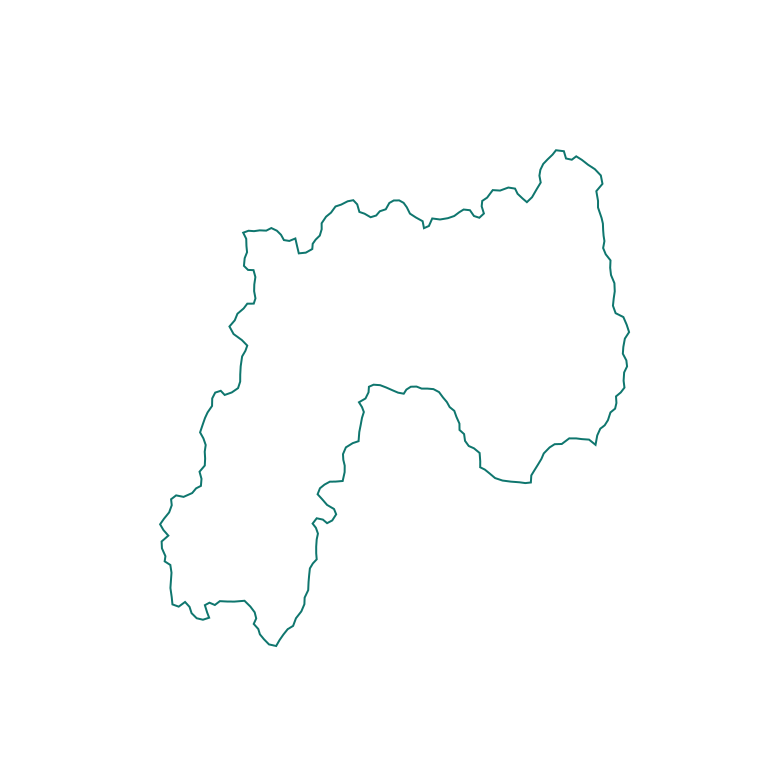 São João Nepomuceno, Minas Gerais, Brazil (Albers equal-area conic projection), rotated 336°
{"feature_id": "56859067B98759493930874", "entity_name": "São João Nepomuceno", "entity_type": "district", "adm_level": 2, "iso_a3": "BRA", "parent_name": "Brazil", "parent_adm1": "Minas Gerais", "projection": "albers", "projection_center": [-43.014, -21.587], "detail": "fine", "context": "isolated", "style": "outline", "palette": "teal", "viewbox_px": 768, "rotation_deg": 336, "n_neighbors": 0, "source": "geoboundaries", "source_scale": "gbopen_adm2", "svg_char_len": 3862}
<svg xmlns="http://www.w3.org/2000/svg" viewBox="0 0 768 768"><g transform="rotate(336 384 384)"><path d="M635.7,376.8L637.9,369.8L641.2,363.2L639.3,355.7L639.5,348.9L643.5,343.1L644.9,337.9L646.7,332.8L649.2,326.5L650.3,320.8L650.8,315.2L651.3,309.8L654.0,303.8L656.4,294.2L665.0,290.0L666.9,281.7L664.0,273.5L659.6,266.7L655.9,259.7L652.2,254.2L646.8,255.5L642.0,252.0L643.0,244.5L636.2,240.4L631.3,243.0L624.9,245.3L619.0,247.7L614.0,251.9L610.7,256.9L609.1,263.7L602.5,268.3L595.2,273.6L588.5,276.0L586.1,271.0L583.4,264.6L583.2,258.8L577.5,255.1L568.7,254.5L562.2,251.1L554.0,255.7L548.2,256.7L545.5,261.4L544.6,268.9L538.7,270.9L534.5,267.1L533.2,260.2L527.7,257.0L522.6,257.7L516.5,259.1L509.8,258.5L502.1,256.5L495.4,252.4L489.3,257.9L483.9,257.9L485.5,251.0L480.9,244.9L477.0,238.9L476.7,231.8L475.6,226.5L472.6,222.5L467.6,220.3L462.5,220.8L456.7,225.1L450.4,224.5L445.4,226.9L439.6,226.2L435.5,220.5L431.5,216.8L432.6,209.0L430.7,203.6L425.1,202.3L417.9,202.7L411.9,202.1L405.3,205.9L399.1,207.6L392.4,211.8L390.0,217.3L385.7,222.3L380.3,224.3L375.9,226.9L373.4,231.5L366.0,232.2L359.3,230.0L360.6,223.1L362.2,215.0L355.7,214.8L351.1,211.8L350.6,205.8L348.5,200.4L344.5,195.7L338.8,196.0L333.0,193.1L327.4,191.5L322.6,188.9L316.9,188.5L317.2,195.3L314.5,201.9L312.5,207.9L307.9,212.4L304.1,219.1L306.2,224.5L311.1,226.9L310.0,234.0L306.0,240.3L303.1,246.4L301.4,253.5L297.7,257.6L291.8,255.0L286.5,257.9L278.7,260.2L273.6,265.1L266.2,268.6L266.9,277.2L272.0,286.0L274.7,293.3L270.9,297.3L265.6,301.1L260.3,309.5L256.5,316.9L253.6,323.3L249.0,328.4L241.5,329.8L234.0,329.2L232.1,323.8L226.3,323.2L221.2,327.3L218.0,334.1L211.3,338.2L206.7,342.2L202.0,347.2L196.3,353.4L196.9,360.3L196.3,367.2L192.7,372.9L190.3,379.3L187.1,385.6L179.8,389.1L178.7,396.4L175.3,402.6L169.9,402.9L164.4,405.6L155.0,405.6L148.8,401.2L142.6,402.7L140.8,408.4L135.5,413.9L128.2,417.6L122.4,421.1L123.1,427.7L125.3,434.8L116.8,437.4L114.3,443.8L114.3,452.4L111.5,456.8L115.2,462.4L113.1,470.0L109.3,477.1L105.9,483.5L103.4,492.3L101.1,499.3L105.9,503.9L113.6,502.2L115.7,508.5L115.0,515.1L117.6,521.8L122.7,525.7L129.2,526.4L129.5,520.8L130.4,513.2L135.6,512.8L139.6,517.1L145.7,515.6L152.6,519.1L159.0,522.0L168.4,525.3L171.4,533.0L173.0,540.0L171.9,546.2L167.4,550.2L169.5,556.7L168.8,562.2L170.5,568.3L173.0,575.1L178.9,579.5L184.5,575.4L190.3,571.9L196.3,568.8L202.6,568.0L208.3,562.2L216.0,558.1L221.7,552.8L224.6,546.9L230.9,541.5L234.5,534.3L237.7,528.5L241.3,522.3L246.0,519.0L251.2,516.8L253.2,511.1L255.9,505.0L259.3,498.6L262.8,493.8L263.3,487.7L262.0,482.5L267.9,479.3L273.0,483.0L275.4,488.0L281.2,487.6L287.3,483.6L287.5,477.9L282.8,471.3L280.7,464.3L278.5,457.7L283.1,453.2L288.7,451.7L294.8,451.2L299.9,453.4L306.8,455.8L312.2,448.5L314.9,442.6L316.0,436.7L318.0,431.4L323.4,426.4L331.4,425.3L337.5,425.9L341.9,417.8L346.2,411.7L350.1,406.0L354.2,401.4L354.5,396.2L353.7,390.5L361.2,389.7L366.5,385.3L369.1,380.4L374.2,380.4L380.0,383.5L384.6,388.1L389.4,393.4L393.3,397.6L398.1,400.9L402.2,398.2L407.4,397.4L412.7,399.6L416.5,403.5L421.5,405.7L427.1,408.8L431.0,413.8L432.4,420.2L434.1,426.1L434.6,431.8L437.3,437.1L436.8,443.4L436.8,450.9L434.3,456.7L436.8,462.3L434.9,468.9L436.2,475.1L440.0,479.3L443.3,485.9L440.5,493.7L438.0,499.2L441.3,503.2L443.8,508.1L447.2,515.1L453.0,520.4L460.2,524.8L467.8,528.9L472.8,532.0L478.1,533.7L481.4,527.4L485.9,524.3L492.1,520.1L497.4,516.4L501.7,512.4L509.5,509.3L515.4,508.4L522.0,511.1L531.1,509.0L537.5,511.9L542.3,514.8L548.7,518.2L552.5,525.6L557.9,517.7L563.4,512.8L568.8,511.5L573.9,508.1L579.3,502.1L585.1,500.5L588.6,495.9L590.9,489.7L596.9,488.0L602.2,485.1L604.2,478.5L608.1,471.1L613.2,466.8L615.0,461.0L614.5,453.5L617.7,447.5L622.5,440.5L629.0,436.3L629.8,428.6L629.9,420.2L624.4,413.5L625.0,405.6L628.7,399.2L632.5,393.2L635.5,385.6L635.7,376.8Z" fill="none" stroke="#0f766e" stroke-width="2"/></g></svg>